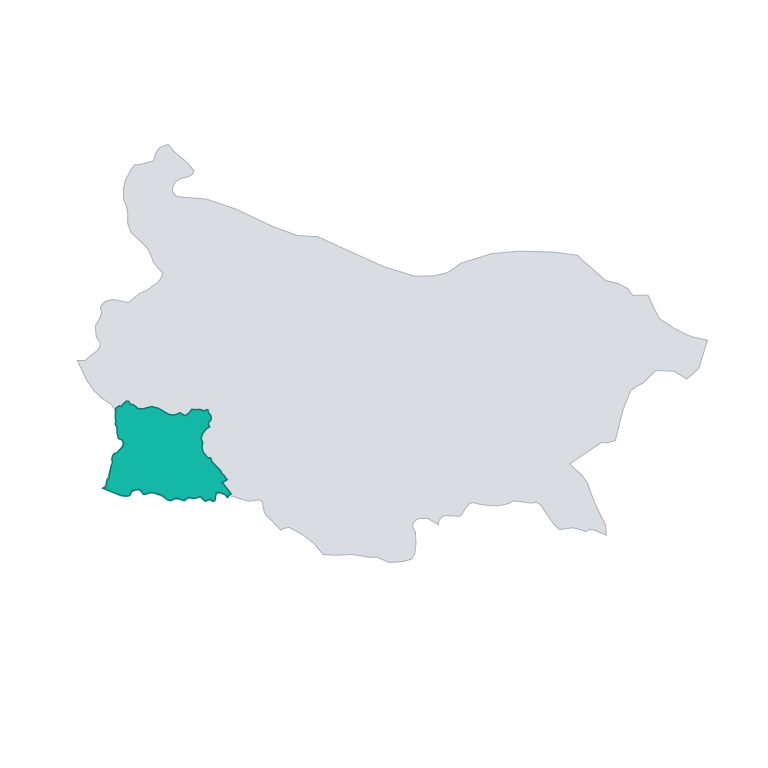 Blagoevgrad highlighted on a map of Bulgaria, rotated 14°
{"feature_id": "BGR-3002", "entity_name": "Blagoevgrad", "entity_type": "Province", "adm_level": 1, "iso_a3": "BGR", "parent_name": "Bulgaria", "parent_adm1": "", "projection": "robinson", "projection_center": [23.441, 41.745], "detail": "fine", "context": "in_parent", "style": "filled", "palette": "teal", "viewbox_px": 768, "rotation_deg": 14, "n_neighbors": 0, "source": "natural_earth", "source_scale": "10m", "svg_char_len": 4468}
<svg xmlns="http://www.w3.org/2000/svg" viewBox="0 0 768 768"><g transform="rotate(14 384 384)"><path d="M636.4,476.9L623.0,474.8L618.4,475.4L615.5,478.4L609.4,477.8L601.7,477.8L593.8,481.2L589.4,482.7L583.5,479.5L572.4,470.1L565.6,463.6L560.6,461.9L555.6,463.9L537.9,466.1L533.7,469.9L525.6,474.1L517.3,476.1L505.5,477.6L499.2,477.4L495.7,479.4L492.9,485.6L491.0,491.6L489.2,494.1L474.5,497.0L471.3,500.5L470.4,503.9L470.7,507.3L458.9,504.0L449.8,506.2L447.6,508.8L445.8,512.5L446.9,516.5L450.3,520.3L453.6,530.7L454.9,541.2L453.0,547.1L446.3,551.3L432.2,556.0L418.6,553.7L412.6,555.6L402.5,556.2L393.3,557.4L379.0,561.7L366.2,564.2L354.5,555.5L340.7,549.6L326.3,546.1L321.3,548.6L319.1,550.7L307.0,543.0L301.6,540.2L298.9,537.3L293.9,527.0L290.9,526.7L280.9,530.5L271.4,530.3L265.6,529.6L248.4,530.1L246.2,537.1L244.1,538.1L240.4,539.1L231.2,538.6L219.6,543.8L207.1,547.0L197.3,547.1L187.2,545.5L181.2,546.6L168.2,547.2L160.0,554.8L147.1,554.3L136.3,553.0L137.7,550.7L139.9,520.6L145.3,507.2L145.1,504.5L143.9,502.4L139.2,500.2L135.8,493.0L128.8,473.9L124.8,470.1L113.7,466.0L103.9,460.5L95.7,453.3L80.7,435.4L88.3,433.6L90.6,429.9L98.3,420.1L99.2,415.2L98.4,412.5L93.3,407.8L89.9,397.4L92.5,387.8L92.8,382.8L90.2,377.9L93.0,371.7L98.4,368.4L101.9,367.4L116.3,366.8L125.5,354.5L131.1,350.6L136.8,343.6L139.4,341.1L141.9,335.7L142.8,330.2L131.4,322.4L127.5,316.6L122.5,310.2L115.6,305.7L101.8,298.1L96.5,290.3L94.1,280.3L90.4,272.7L86.4,267.7L85.7,263.7L84.0,258.7L83.7,249.0L87.0,236.1L89.1,231.5L93.8,230.3L106.3,223.4L106.9,214.5L109.1,209.1L113.1,205.9L116.8,203.8L123.5,208.9L140.0,217.1L148.0,223.0L147.6,226.7L143.8,230.4L136.7,234.0L132.5,238.7L131.3,244.6L132.4,248.7L137.4,252.3L167.0,247.6L197.1,250.0L237.5,258.1L264.3,260.9L284.0,257.2L320.7,263.9L354.9,270.2L387.7,272.0L406.0,267.1L418.8,260.5L429.7,248.0L456.9,231.5L483.3,222.3L517.9,214.8L541.0,212.3L544.4,214.8L574.1,230.0L587.3,230.0L598.0,232.7L601.9,236.7L604.6,237.7L618.7,233.9L625.1,242.2L635.2,253.8L652.0,259.8L666.9,263.1L671.6,263.7L687.3,263.4L685.7,292.4L676.7,305.9L662.4,301.4L644.4,305.2L635.1,320.5L629.8,325.0L625.0,330.4L622.2,350.3L622.1,382.9L615.3,386.9L609.1,388.1L583.3,416.8L598.6,424.9L605.4,431.0L616.9,448.1L633.0,467.4L636.4,476.9Z" fill="#d9dde1" stroke="#a8b0b8" stroke-width="1"/><path d="M136.4,553.1L138.8,551.4L139.2,549.2L138.7,546.6L138.5,544.1L138.8,543.3L139.9,542.0L140.2,541.5L140.1,540.8L139.5,539.5L139.4,539.0L139.1,530.5L139.1,528.7L139.5,526.7L139.6,526.0L139.4,525.2L138.5,523.8L138.2,523.2L138.0,521.5L138.1,519.8L138.4,518.1L138.9,516.8L139.4,516.4L140.9,515.9L141.4,515.6L141.8,515.0L142.4,513.3L143.3,512.0L144.6,510.1L145.6,507.3L145.6,504.5L143.8,501.9L142.8,501.5L140.5,501.4L139.4,500.9L138.8,500.0L136.7,495.5L135.7,491.4L135.1,490.0L134.6,489.5L133.5,488.9L133.2,488.6L132.8,487.6L132.8,485.8L132.7,484.9L131.6,482.2L130.9,479.4L130.8,476.5L130.5,475.2L129.8,473.9L129.7,473.9L129.7,472.3L130.9,470.8L132.6,469.2L134.7,469.5L135.4,467.1L138.3,462.8L140.8,462.7L142.5,464.9L145.3,464.7L148.2,465.7L150.7,467.3L153.8,467.0L156.8,466.2L159.6,464.4L164.4,462.1L166.6,462.1L168.4,462.3L170.3,462.0L182.7,465.6L188.3,464.8L193.1,461.2L198.4,463.0L201.7,459.4L203.6,455.0L207.3,454.5L209.9,453.6L213.2,453.1L215.1,453.8L216.9,453.0L218.0,451.7L219.5,451.8L220.5,454.1L222.4,455.5L224.1,457.2L224.7,459.6L224.5,461.6L223.3,463.0L223.3,465.6L225.2,467.7L222.4,470.7L219.9,476.0L220.0,478.4L219.5,480.4L220.7,482.6L222.2,484.5L222.8,489.9L225.4,494.4L227.8,495.8L229.9,497.8L231.6,498.1L233.6,497.6L234.8,499.1L235.8,501.0L247.0,508.0L248.2,510.1L250.0,510.9L251.4,511.6L252.4,513.1L255.0,514.7L253.1,516.9L250.6,518.4L262.3,527.6L262.2,527.7L260.8,528.8L260.4,529.6L260.0,531.5L259.7,531.9L258.9,531.9L258.5,531.4L258.1,530.7L257.3,530.1L254.4,529.3L250.5,529.0L247.6,530.2L247.8,534.1L248.1,536.8L248.1,537.8L247.5,538.7L246.4,539.2L245.2,539.0L243.0,537.7L242.7,538.5L242.2,538.8L241.7,538.9L241.1,539.3L239.5,540.8L238.0,540.8L233.4,537.7L232.6,537.6L230.0,539.9L228.4,540.6L226.3,541.1L224.3,541.3L222.5,541.2L221.0,541.9L218.8,545.3L217.2,545.7L214.0,545.0L210.7,545.0L208.8,545.7L206.4,548.0L206.1,548.1L204.9,548.9L201.6,548.7L195.1,545.6L185.4,545.4L183.5,545.9L180.5,548.0L178.8,548.8L176.7,549.1L175.7,548.2L174.7,546.8L172.9,545.6L171.2,545.7L168.9,546.6L166.7,547.9L165.3,549.2L164.9,550.1L164.8,552.3L164.2,553.4L163.4,554.3L162.3,554.8L160.1,555.4L155.9,555.9L136.4,553.1Z" fill="#14b8a6" stroke="#0f766e" stroke-width="1.5"/></g></svg>